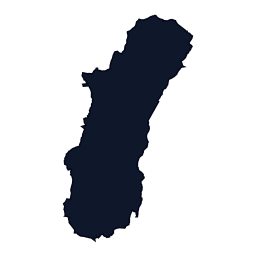 Dealu, Harghita, Romania
{"feature_id": "2599482B29353811741057", "entity_name": "Dealu", "entity_type": "district", "adm_level": 2, "iso_a3": "ROU", "parent_name": "Romania", "parent_adm1": "Harghita", "projection": "orthographic", "projection_center": [25.317, 46.415], "detail": "fine", "context": "isolated", "style": "filled", "palette": "ink", "viewbox_px": 256, "rotation_deg": 0, "n_neighbors": 0, "source": "geoboundaries", "source_scale": "gbopen_adm2", "svg_char_len": 5657}
<svg xmlns="http://www.w3.org/2000/svg" viewBox="0 0 256 256"><path d="M80.7,235.9L82.8,236.2L84.1,236.2L85.1,236.6L88.4,237.3L89.0,237.6L90.4,237.7L91.5,238.1L94.9,240.6L94.5,238.4L96.6,237.5L97.1,237.1L97.1,236.8L98.4,237.8L100.2,235.8L100.6,234.9L101.8,234.4L103.1,234.2L103.2,234.7L104.2,236.0L106.3,236.7L106.7,237.3L108.6,237.1L109.1,236.9L108.7,236.7L108.9,236.4L109.4,236.4L109.7,235.4L110.6,235.1L110.5,234.7L111.6,234.3L111.8,234.9L113.4,233.0L113.1,232.5L113.4,231.9L113.5,229.8L114.2,229.2L116.7,228.1L119.5,227.6L124.7,228.0L125.0,227.8L125.8,226.0L128.8,224.5L128.8,223.4L129.3,222.6L129.4,220.4L129.3,218.6L130.1,214.9L132.1,210.0L132.8,210.4L132.8,210.6L133.1,210.9L133.5,211.1L134.2,211.6L135.8,211.5L136.2,213.3L136.3,214.3L136.5,214.5L136.8,215.5L136.7,216.0L136.5,216.3L136.2,216.5L136.1,216.8L137.4,216.7L137.4,215.7L137.7,214.9L137.8,212.0L138.7,207.4L140.8,203.8L141.2,202.0L140.8,201.0L141.6,200.6L141.9,199.7L141.8,198.2L140.6,198.0L140.5,197.4L140.9,197.2L140.8,195.7L141.1,193.5L140.5,191.3L141.2,191.4L141.5,190.2L141.8,190.2L142.1,187.1L141.7,185.9L141.6,184.8L140.9,183.5L141.0,183.1L140.7,181.1L141.4,180.7L141.5,180.3L142.2,180.0L142.7,179.3L143.8,178.2L144.1,177.2L143.3,176.8L142.8,176.0L142.9,175.3L143.2,175.1L143.0,174.7L143.1,174.4L141.1,172.2L139.3,171.1L138.3,169.7L138.0,167.6L137.4,166.9L137.3,165.7L137.5,164.3L137.2,162.9L137.6,162.4L137.7,162.0L137.6,161.3L138.1,160.5L138.4,159.5L139.1,157.6L140.7,155.9L141.8,155.4L142.2,154.9L143.3,151.9L143.1,150.7L143.6,150.3L144.1,149.6L146.9,147.0L146.6,145.8L147.3,145.7L147.6,142.1L148.1,142.0L146.9,139.3L146.3,136.3L146.4,135.5L147.0,133.4L148.6,130.8L149.2,128.7L149.0,126.5L148.1,125.0L148.0,124.6L148.4,123.5L148.4,122.2L147.8,120.8L158.6,101.6L158.0,101.1L157.7,100.3L159.9,97.4L160.7,95.4L161.6,94.9L161.9,94.4L162.2,93.6L162.0,92.9L162.1,92.3L163.5,89.0L164.9,88.6L165.4,88.3L166.5,86.6L167.1,85.2L167.5,84.9L168.4,80.0L168.8,79.2L170.2,78.7L170.6,78.3L171.1,78.3L171.5,77.8L171.9,77.9L172.9,76.9L173.2,76.9L173.3,76.6L173.9,76.7L174.3,76.4L174.5,75.9L174.9,75.8L176.0,74.6L176.4,74.5L176.4,73.9L176.9,73.7L177.1,72.5L177.6,72.2L177.7,71.4L178.2,71.1L178.5,70.2L179.0,70.1L179.3,69.6L179.3,69.3L179.9,69.1L180.4,68.0L180.8,67.7L182.4,66.8L182.9,66.9L184.2,66.7L183.2,66.2L182.6,65.8L182.3,65.4L182.1,64.1L181.4,62.8L181.5,62.5L181.0,62.3L180.7,61.5L183.6,59.4L185.5,57.4L186.2,55.4L186.7,54.7L186.4,54.3L186.3,53.8L186.5,53.4L187.9,53.1L187.9,52.6L188.3,52.6L189.1,50.8L189.9,50.4L190.3,49.5L190.4,48.9L190.8,48.8L190.8,48.3L192.0,46.5L191.4,45.5L190.8,45.2L190.3,44.7L189.5,44.4L189.1,43.4L188.6,42.8L189.1,42.4L191.7,38.5L192.4,36.0L190.4,34.6L189.7,33.5L187.4,32.7L187.1,31.4L187.0,31.2L186.0,31.5L185.5,31.3L185.4,30.4L178.0,24.7L177.3,24.0L176.1,22.1L175.3,21.4L175.4,20.7L174.2,20.6L173.8,20.2L172.6,19.7L170.5,19.7L167.6,21.0L163.8,20.7L163.3,21.2L162.7,20.1L162.8,19.7L160.8,19.3L158.4,18.3L157.5,17.5L156.6,17.0L156.1,15.9L154.9,15.4L154.3,15.9L152.8,16.0L151.1,16.9L151.0,16.7L149.9,17.2L148.0,18.4L144.1,19.9L141.4,20.0L139.1,19.3L138.1,20.8L137.6,21.0L136.7,21.9L135.9,25.2L135.3,26.3L135.3,26.7L134.9,26.8L134.2,27.5L132.8,28.4L130.2,30.9L127.7,31.7L127.4,32.0L127.7,34.0L128.2,35.8L127.9,36.4L127.9,37.1L127.5,38.6L126.9,40.0L127.0,42.5L126.8,43.5L126.6,44.1L126.0,44.6L125.1,46.2L124.6,50.2L122.6,52.1L122.1,53.7L121.4,53.5L121.2,53.6L120.5,53.5L119.5,53.0L118.9,52.9L117.5,51.4L117.1,51.4L116.4,51.8L115.3,51.7L114.8,52.1L114.5,52.6L113.3,55.3L112.5,58.6L111.4,60.9L110.5,64.2L110.2,65.7L110.0,68.2L110.4,68.5L109.7,68.8L109.5,69.2L109.1,69.2L108.9,69.5L107.5,69.7L106.7,70.5L106.0,70.8L105.1,70.9L104.6,71.2L104.2,71.2L103.4,71.0L102.1,71.3L100.1,70.6L97.7,70.3L97.5,68.3L96.3,68.3L96.2,69.2L94.3,70.8L93.7,71.5L92.9,73.1L92.1,73.8L89.3,73.6L87.2,73.7L82.8,72.8L82.8,73.6L82.2,75.4L82.6,76.5L84.1,78.8L84.2,79.1L84.0,79.7L85.1,80.2L85.7,80.8L86.4,82.2L86.8,82.2L87.7,83.7L82.8,84.3L83.4,85.2L83.1,85.6L83.1,85.9L83.3,86.2L88.8,85.8L90.9,89.9L91.4,91.6L91.6,92.5L91.6,94.1L91.5,96.9L91.8,97.5L92.7,98.4L92.9,98.9L92.9,99.6L92.5,100.2L92.5,100.6L92.5,101.2L92.9,101.7L93.0,102.1L91.9,103.6L91.6,104.7L91.8,105.1L91.8,105.4L91.5,106.0L91.3,107.4L90.5,107.9L90.5,108.5L90.2,108.7L90.3,109.2L89.9,109.7L90.0,110.3L89.5,110.7L89.9,111.7L90.3,112.1L90.3,112.4L89.7,113.0L89.6,113.3L89.0,113.5L88.9,114.0L89.1,114.5L88.2,115.6L87.6,115.8L87.7,116.4L88.2,116.7L88.2,117.4L85.8,118.5L85.6,118.2L85.4,118.5L85.0,118.7L84.3,118.5L83.8,118.9L84.3,120.2L84.2,121.0L84.4,122.3L85.1,123.7L86.2,125.2L81.8,126.5L84.8,128.9L82.7,134.5L82.6,135.3L83.0,135.9L82.2,137.2L81.5,137.7L81.5,138.6L81.2,139.3L81.0,140.0L81.5,140.4L79.7,144.6L80.0,145.8L78.2,146.7L76.1,147.2L74.9,147.9L73.1,148.5L71.2,149.8L69.7,151.2L69.0,151.3L68.2,152.5L67.1,153.7L66.4,154.1L66.4,155.6L64.9,158.4L65.3,159.0L64.6,160.3L64.4,161.1L64.6,161.7L64.6,162.9L64.8,164.2L65.6,164.5L67.1,165.5L67.2,166.7L67.0,167.1L67.2,167.5L67.2,168.2L68.2,169.9L71.0,169.1L71.3,169.9L71.0,170.0L71.4,170.5L71.4,170.8L70.7,171.8L70.9,172.8L71.3,173.9L70.7,174.5L72.2,176.4L72.4,177.2L72.6,178.7L73.1,179.8L72.8,180.6L72.6,183.5L71.9,185.6L71.4,187.9L71.1,188.6L70.9,190.7L71.6,192.8L70.4,199.3L68.0,199.3L67.0,198.9L65.6,201.8L63.6,203.8L64.8,206.2L64.1,209.6L64.7,209.8L64.8,211.8L65.2,213.3L65.1,214.6L65.5,215.2L65.4,215.5L64.8,216.1L67.3,216.4L68.5,217.3L68.5,217.6L68.8,218.0L68.7,218.4L68.7,218.8L69.0,219.0L68.8,219.9L69.0,220.1L69.2,221.2L69.3,221.3L69.3,221.5L69.5,221.6L69.4,222.1L69.6,222.1L69.6,222.4L69.3,222.5L69.4,222.8L74.9,229.9L74.4,232.8L77.5,233.1L77.7,234.0L78.0,234.3L78.7,234.7L79.3,234.7L80.2,235.1L79.9,235.5L80.7,235.9Z" fill="#0f172a" stroke="#020617" stroke-width="1.5"/></svg>